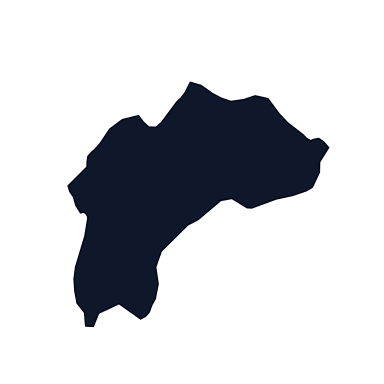 SVG path tracing the border of Burdur, rotated 342°
{"feature_id": "TUR-2273", "entity_name": "Burdur", "entity_type": "Province", "adm_level": 1, "iso_a3": "TUR", "parent_name": "Turkey", "parent_adm1": "", "projection": "robinson", "projection_center": [30.062, 37.38], "detail": "fine", "context": "isolated", "style": "filled", "palette": "ink", "viewbox_px": 384, "rotation_deg": 342, "n_neighbors": 0, "source": "natural_earth", "source_scale": "10m", "svg_char_len": 1044}
<svg xmlns="http://www.w3.org/2000/svg" viewBox="0 0 384 384"><g transform="rotate(342 192 192)"><path d="M81.2,177.5L79.6,177.4L77.5,169.0L77.8,160.0L76.0,153.8L76.1,147.9L99.9,135.8L101.7,130.7L104.1,125.9L109.5,122.8L112.4,121.7L119.9,117.3L133.2,106.8L148.2,101.7L164.7,102.9L167.3,110.4L170.9,116.9L177.9,119.4L184.8,116.3L205.2,101.8L210.6,99.2L215.7,95.8L224.3,87.2L233.5,93.5L241.8,104.7L249.1,112.1L257.0,118.0L270.1,120.2L281.8,120.1L293.0,126.7L299.1,144.8L304.2,155.6L315.4,172.1L317.2,176.0L320.6,180.0L323.5,179.6L329.1,180.3L332.9,185.5L335.6,192.0L322.6,202.9L319.2,212.6L307.9,224.6L301.0,226.1L286.6,226.3L269.7,224.6L243.8,225.6L239.5,223.9L228.0,210.4L216.7,208.9L189.2,220.1L177.8,222.0L144.4,238.8L134.2,252.2L131.3,269.1L123.9,282.3L118.8,287.1L114.2,293.0L109.4,295.8L103.9,296.8L88.1,275.6L65.7,278.4L56.6,289.3L49.5,286.6L52.6,273.5L48.4,262.1L50.0,250.0L53.0,238.2L58.1,227.5L76.4,201.1L84.6,185.3L85.2,183.2L84.6,180.1L83.4,178.3L82.0,177.3L81.2,177.5Z" fill="#0f172a" stroke="#020617" stroke-width="1.5"/></g></svg>